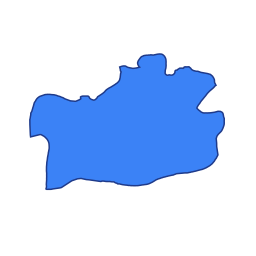 outline of Al Husha, Al Dali', Yemen, rotated 71°
{"feature_id": "15242507B64675128593967", "entity_name": "Al Husha", "entity_type": "district", "adm_level": 2, "iso_a3": "YEM", "parent_name": "Yemen", "parent_adm1": "Al Dali'", "projection": "natural_earth1", "projection_center": [44.455, 13.752], "detail": "fine", "context": "isolated", "style": "filled", "palette": "blue", "viewbox_px": 256, "rotation_deg": 71, "n_neighbors": 0, "source": "geoboundaries", "source_scale": "gbopen_adm2", "svg_char_len": 5655}
<svg xmlns="http://www.w3.org/2000/svg" viewBox="0 0 256 256"><g transform="rotate(71 128 128)"><path d="M108.8,30.7L106.6,31.2L104.2,32.6L102.4,35.1L99.1,41.0L97.1,43.5L96.6,44.9L96.2,45.6L95.8,46.2L94.9,47.5L93.8,48.5L93.2,48.9L91.8,49.3L90.6,50.1L90.0,50.4L89.1,53.4L88.7,54.1L88.8,55.3L89.3,55.7L89.5,56.6L89.0,57.2L88.8,58.1L88.3,59.5L88.4,60.3L88.7,61.1L88.8,62.0L89.2,62.7L89.2,62.9L89.0,63.6L89.0,64.0L89.0,64.4L89.1,64.6L89.4,64.9L89.7,65.1L90.3,65.4L90.6,65.5L91.0,65.8L91.6,66.4L91.9,67.1L92.2,67.8L92.3,68.3L92.3,69.1L92.1,69.9L91.8,70.6L91.4,71.2L91.1,71.9L91.1,72.7L91.0,73.4L90.6,74.1L90.1,74.5L89.4,74.9L88.6,75.1L88.0,75.0L87.4,74.7L87.0,74.5L86.3,74.3L85.7,74.0L85.0,73.6L84.4,73.2L83.7,72.7L82.4,72.1L81.7,71.8L81.0,71.5L80.2,71.3L79.5,71.1L78.0,70.5L75.8,69.9L75.1,69.8L73.8,69.8L73.0,70.0L72.3,70.0L71.5,70.4L70.9,70.7L70.2,71.1L69.6,71.6L69.1,72.2L68.8,72.9L68.4,73.7L68.2,74.4L67.8,76.1L67.7,76.9L67.5,78.5L67.4,79.4L67.3,80.3L67.0,81.0L66.3,82.5L66.1,83.3L66.0,84.1L65.7,84.8L65.6,85.6L65.1,87.1L65.0,87.9L64.8,88.8L64.7,89.7L64.8,90.4L64.9,90.6L64.9,91.7L65.3,92.9L66.8,95.1L67.8,96.4L69.0,97.4L69.7,97.8L71.2,98.0L72.1,97.9L73.7,97.5L74.2,97.2L74.2,98.1L74.1,98.9L74.0,100.5L73.7,102.0L73.5,102.8L73.3,103.7L73.0,104.4L72.2,105.7L71.8,106.5L71.4,107.1L70.6,108.4L70.0,109.0L68.7,110.1L68.0,111.6L67.7,112.9L67.6,114.3L67.6,116.0L70.0,116.2L70.7,116.4L71.3,116.5L71.8,116.5L72.2,116.3L72.6,116.3L73.1,116.5L73.3,116.7L74.2,117.3L77.8,119.0L79.9,120.4L80.4,120.9L81.2,122.1L82.1,124.1L82.3,125.2L82.5,125.5L82.9,127.2L83.7,130.7L84.1,133.3L84.8,135.9L85.4,137.2L86.2,138.4L86.9,140.2L87.5,142.2L88.6,146.6L89.3,147.3L89.9,148.3L90.3,149.3L90.6,150.2L90.5,151.4L90.0,152.0L89.2,153.1L88.6,153.7L87.5,154.5L86.0,154.7L85.9,154.7L85.1,155.1L84.7,155.7L83.4,159.4L83.0,160.8L83.0,162.3L83.2,162.8L84.6,163.1L85.0,163.1L85.2,163.5L85.5,165.3L85.7,168.1L85.7,168.7L85.5,169.4L85.0,170.4L83.6,173.6L80.1,177.9L79.2,178.8L78.8,179.0L78.4,179.4L78.0,179.8L77.6,180.4L77.2,180.9L76.3,181.8L75.9,182.3L75.4,183.0L75.0,183.7L74.5,184.3L74.1,184.7L73.7,185.2L72.9,186.5L72.6,187.0L72.3,187.6L71.8,188.8L71.6,189.3L71.0,190.5L70.7,191.2L70.5,191.7L70.3,192.4L70.0,193.1L69.9,193.7L69.7,194.3L69.4,195.6L69.4,198.2L69.4,198.8L69.4,200.8L69.5,201.6L69.7,202.3L70.1,203.5L70.4,204.1L70.7,204.7L71.4,205.6L71.7,206.1L72.2,206.5L72.6,207.0L73.3,208.0L73.9,208.6L74.4,208.9L75.7,209.8L76.9,210.6L77.5,211.1L78.8,212.0L79.5,212.5L80.9,213.5L81.4,214.0L81.9,214.7L82.5,215.1L83.1,215.4L83.8,215.6L85.7,216.7L86.3,217.0L86.9,217.3L88.2,218.1L93.0,219.7L102.8,222.6L104.7,223.0L105.5,213.8L105.6,213.3L105.9,212.5L106.3,212.0L107.2,211.3L108.0,210.5L108.9,209.8L109.0,209.8L109.4,209.5L111.7,208.4L112.0,208.3L112.6,208.1L113.5,207.9L114.6,207.7L115.5,207.7L116.5,207.7L117.4,207.9L118.3,208.1L119.3,208.4L120.3,208.7L121.2,209.0L122.1,209.4L123.8,210.4L124.7,210.9L125.5,211.4L126.4,211.8L128.3,212.9L129.3,213.5L132.2,214.9L133.1,215.4L134.0,215.9L135.0,216.3L138.2,217.7L141.0,218.7L142.1,219.1L143.0,219.3L144.9,219.8L145.8,220.2L146.8,220.5L147.7,220.8L149.5,221.5L150.5,221.8L153.3,223.0L155.1,223.7L156.1,223.9L157.0,224.2L157.9,224.7L158.9,225.4L159.5,224.9L160.1,223.1L160.9,220.8L161.2,218.6L162.5,211.7L162.6,210.3L159.6,198.3L159.6,192.3L160.4,188.8L163.2,184.2L164.3,181.7L169.8,171.0L169.7,170.3L169.9,169.3L170.2,168.5L170.6,167.7L171.0,167.0L171.4,166.2L172.0,164.6L172.3,163.8L172.5,163.1L172.8,162.4L173.5,161.1L173.8,160.4L174.1,159.6L174.3,158.9L175.0,158.4L175.6,157.9L176.2,157.2L176.6,156.4L177.0,156.3L177.5,155.9L177.8,155.1L178.0,154.4L178.8,153.2L179.7,151.8L181.1,149.0L181.4,148.3L181.7,147.6L182.5,146.2L182.7,145.5L183.0,144.8L183.4,144.1L183.9,142.7L184.5,141.2L185.0,139.7L185.2,139.0L185.5,138.2L185.9,136.5L186.0,135.8L186.3,134.2L186.4,133.4L186.8,131.6L186.9,130.9L187.3,129.1L187.5,127.4L187.5,126.7L187.5,125.9L187.4,125.0L187.3,124.2L187.2,123.2L187.1,122.4L186.9,121.6L186.6,120.1L186.4,119.4L186.2,118.7L186.0,116.3L186.0,115.3L186.1,114.5L186.0,113.0L186.1,112.1L186.1,111.3L186.1,110.3L186.2,109.6L186.3,108.8L186.3,107.9L186.5,106.3L186.5,105.5L186.7,103.9L186.8,103.0L186.9,102.2L187.0,101.4L187.2,100.6L187.1,99.8L187.1,99.0L187.0,97.0L189.0,88.8L189.7,86.7L189.9,85.8L189.9,84.9L190.1,84.1L190.2,83.3L190.2,82.6L190.3,81.9L190.5,81.1L190.5,80.4L190.6,79.4L190.7,78.7L190.8,77.7L190.9,75.9L191.1,73.0L191.2,72.2L191.3,71.4L191.2,68.8L191.1,68.1L191.1,67.3L190.9,66.5L190.8,65.7L190.6,64.9L190.5,64.2L190.3,63.3L190.1,62.5L189.8,61.8L189.5,60.9L189.2,60.1L187.4,57.1L186.9,56.5L186.4,56.0L186.0,55.6L185.6,54.7L182.7,51.7L174.5,50.2L171.1,49.1L166.6,48.0L166.3,47.7L165.1,46.9L164.5,46.3L164.1,45.8L163.7,45.2L163.3,44.6L161.8,41.5L161.4,40.8L160.9,40.1L160.4,39.6L159.3,38.5L158.8,38.1L158.2,37.6L157.6,37.1L156.8,36.5L156.2,36.1L155.6,35.8L154.7,35.4L153.4,35.0L152.8,34.8L151.5,34.3L150.9,34.1L150.3,33.9L149.6,33.9L148.8,33.9L148.1,33.9L147.3,33.7L146.5,33.6L145.8,33.5L145.1,33.5L144.5,33.6L143.8,33.9L142.4,35.2L142.1,36.0L141.8,36.7L141.5,37.5L141.3,40.6L141.2,41.4L140.9,43.0L140.7,43.9L140.6,44.6L140.4,45.3L140.2,46.2L139.9,47.1L139.7,47.9L139.1,49.4L138.6,51.1L138.2,51.9L137.7,52.6L137.2,53.1L136.7,53.6L136.1,54.0L135.5,54.3L135.0,54.7L134.2,55.2L133.5,55.6L132.9,55.9L132.3,56.2L131.7,56.4L131.0,56.0L130.5,55.5L129.3,54.1L128.9,53.6L128.4,52.7L128.0,52.1L127.5,51.5L127.0,50.9L126.5,50.2L126.1,49.6L125.3,48.2L123.9,46.0L122.6,43.8L122.2,43.3L120.9,41.3L120.6,40.6L120.1,39.7L119.8,39.1L119.2,37.7L118.9,36.8L118.0,34.6L117.4,33.4L117.2,33.0L116.4,31.7L116.3,30.9L114.7,31.1L113.6,31.3L112.6,31.2L111.3,30.8L110.4,30.6L108.8,30.7Z" fill="#3b82f6" stroke="#1e3a8a" stroke-width="1.5"/></g></svg>